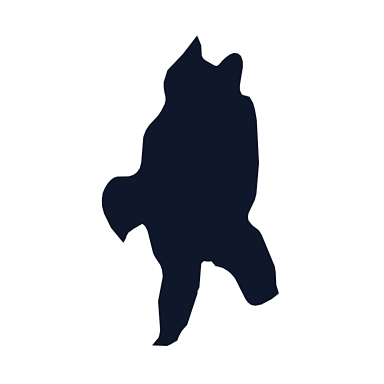 SVG path tracing the border of Hòa Bình, rotated 240°
{"feature_id": "VNM-459", "entity_name": "Hòa Bình", "entity_type": "Province", "adm_level": 1, "iso_a3": "VNM", "parent_name": "Vietnam", "parent_adm1": "", "projection": "orthographic", "projection_center": [105.329, 20.711], "detail": "fine", "context": "isolated", "style": "filled", "palette": "ink", "viewbox_px": 384, "rotation_deg": 240, "n_neighbors": 0, "source": "natural_earth", "source_scale": "10m", "svg_char_len": 1498}
<svg xmlns="http://www.w3.org/2000/svg" viewBox="0 0 384 384"><g transform="rotate(240 192 192)"><path d="M323.8,273.8L314.7,272.6L305.2,267.8L302.3,267.7L299.0,268.7L290.2,273.9L288.3,275.6L287.9,277.4L288.3,279.8L289.8,283.9L290.9,288.6L291.4,293.4L290.8,297.5L288.7,300.3L285.4,301.6L280.0,300.6L275.1,297.8L260.8,286.1L256.7,283.8L253.2,283.2L250.6,283.5L245.3,288.7L238.3,288.6L231.8,286.9L222.3,283.4L183.7,263.7L158.6,246.2L154.3,242.0L145.9,229.8L142.6,227.1L138.9,225.9L132.9,226.8L125.2,230.0L120.1,230.2L86.6,225.8L81.5,223.9L69.5,217.8L61.4,215.9L60.2,207.7L60.6,196.0L62.6,190.2L65.2,187.3L68.7,185.9L72.9,185.5L95.8,186.8L101.2,185.9L106.2,184.2L111.3,181.3L115.2,177.6L116.4,176.0L122.9,174.9L124.1,171.9L126.0,169.2L127.1,168.7L126.6,165.1L125.5,163.4L106.3,150.2L103.9,146.6L101.9,145.5L80.1,121.1L77.6,113.6L74.5,108.4L71.4,104.6L71.6,99.9L71.4,98.0L71.9,93.6L79.0,82.4L81.9,90.5L84.0,92.8L87.7,95.9L113.9,108.6L133.0,125.1L139.0,127.7L144.6,128.8L153.7,128.2L158.1,128.4L180.4,134.8L185.6,135.1L190.0,133.8L190.1,123.3L189.3,116.3L187.5,113.2L185.6,111.1L183.5,107.7L201.4,104.7L217.4,105.8L224.6,107.8L230.3,110.9L235.1,114.6L238.6,119.2L241.0,123.8L242.3,127.9L242.7,131.5L242.1,134.5L236.3,145.1L235.4,149.6L235.8,154.1L238.1,159.1L242.2,163.2L263.5,177.9L268.0,183.4L270.7,188.9L274.3,200.8L276.9,206.1L281.2,212.7L284.2,215.6L287.9,217.5L291.7,218.6L296.6,220.6L300.8,223.0L309.1,232.1L315.3,253.2L323.8,273.8Z" fill="#0f172a" stroke="#020617" stroke-width="1.5"/></g></svg>